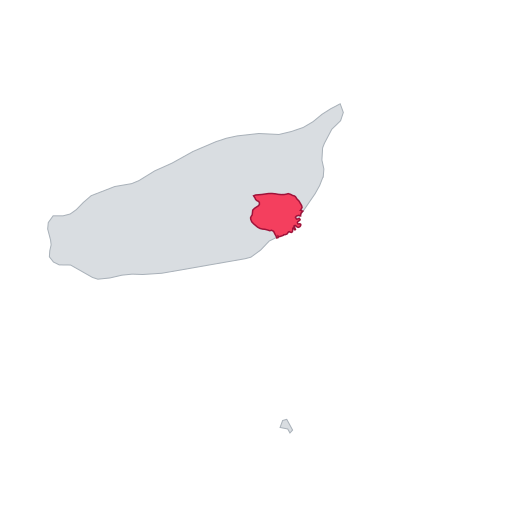 Taiwan, with Tainan City highlighted, rotated 231°
{"feature_id": "TWN-1160", "entity_name": "Tainan City", "entity_type": "Special Municipality", "adm_level": 1, "iso_a3": "TWN", "parent_name": "Taiwan", "parent_adm1": "", "projection": "orthographic", "projection_center": [120.249, 23.155], "detail": "fine", "context": "in_parent", "style": "filled", "palette": "rose", "viewbox_px": 512, "rotation_deg": 231, "n_neighbors": 0, "source": "natural_earth", "source_scale": "10m", "svg_char_len": 2208}
<svg xmlns="http://www.w3.org/2000/svg" viewBox="0 0 512 512"><g transform="rotate(231 256 256)"><path d="M336.0,350.3L330.6,361.6L326.2,373.5L324.5,384.8L324.6,396.4L323.4,406.8L321.3,417.2L312.6,414.2L307.9,406.9L306.8,394.7L300.5,380.0L298.1,375.8L289.1,367.6L280.9,363.5L274.6,357.5L275.4,358.0L270.7,349.8L267.2,341.1L259.9,316.4L257.3,310.5L254.0,305.0L253.0,299.6L254.2,293.6L257.3,284.7L259.3,275.7L257.7,263.4L258.3,251.3L260.7,245.9L301.9,171.9L313.0,156.2L319.8,148.4L325.5,139.7L330.9,128.6L337.5,118.5L342.3,115.4L365.7,106.2L372.9,97.5L378.8,94.8L385.4,94.9L389.8,99.0L393.6,103.8L397.7,106.4L408.1,111.1L412.7,115.6L414.9,123.6L408.7,131.2L405.6,138.0L405.1,145.5L406.3,155.7L406.6,165.9L398.9,189.9L390.5,204.9L388.3,212.3L385.9,230.8L381.0,249.3L376.9,272.8L370.0,297.0L366.1,307.2L361.2,316.9L349.4,335.3L336.0,350.3ZM107.6,166.8L111.4,173.2L109.7,177.1L97.7,174.9L97.1,171.0L101.6,171.8L107.6,166.8Z" fill="#d9dde1" stroke="#a8b0b8" stroke-width="1"/><path d="M261.4,320.6L261.1,318.5L260.5,317.2L259.1,315.9L260.7,314.8L261.6,312.7L261.3,311.0L259.2,310.7L258.7,311.3L258.4,312.4L257.8,313.3L256.7,313.3L256.2,312.5L256.4,310.2L256.1,309.3L254.8,308.7L254.0,309.4L253.4,310.4L252.4,310.7L251.5,309.8L251.2,308.6L251.4,307.5L251.8,306.7L252.8,306.2L254.1,306.0L255.1,305.7L255.5,304.7L255.0,304.2L251.8,303.4L251.8,302.7L254.5,302.7L254.2,301.8L252.8,300.6L251.9,299.5L252.1,298.2L252.9,297.7L253.8,297.4L254.3,296.5L254.0,295.2L253.6,294.1L253.9,293.1L254.3,291.9L255.1,291.0L254.9,290.2L255.1,289.5L256.2,286.5L256.8,285.9L257.6,285.7L256.4,284.8L256.9,283.5L258.7,284.1L261.6,284.6L264.1,285.2L266.2,284.3L267.0,282.6L268.9,281.4L271.2,279.7L272.7,278.1L274.8,276.5L277.4,275.4L282.5,274.4L285.3,274.2L287.8,275.0L289.1,275.8L289.8,277.2L290.4,279.0L293.7,282.3L294.0,284.9L293.5,289.6L294.0,291.2L295.5,292.3L296.8,292.3L298.6,291.5L300.3,291.3L301.5,291.7L304.3,292.0L303.6,294.2L300.1,299.3L296.7,305.0L294.5,307.8L292.0,310.3L289.9,312.1L287.8,314.3L286.0,316.6L285.0,318.4L284.2,320.3L282.1,321.7L279.9,322.6L278.8,323.5L277.3,324.0L274.5,323.7L271.7,324.0L266.5,323.2L264.8,322.4L263.5,319.5L263.5,319.3L261.4,320.6Z" fill="#f43f5e" stroke="#9f1239" stroke-width="1.5"/></g></svg>